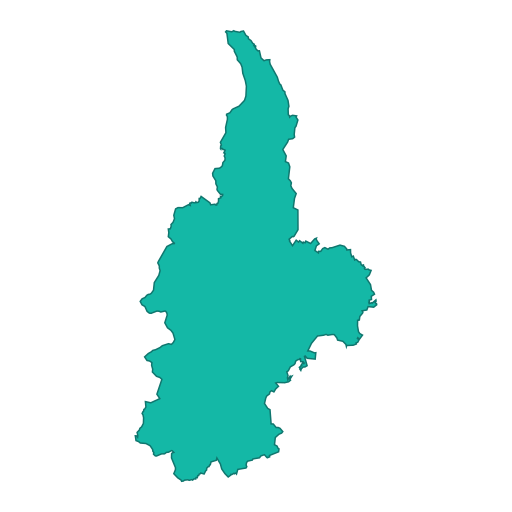 outline of Iara, Cluj, Romania, rotated 90°
{"feature_id": "2599482B94451106433579", "entity_name": "Iara", "entity_type": "district", "adm_level": 2, "iso_a3": "ROU", "parent_name": "Romania", "parent_adm1": "Cluj", "projection": "natural_earth1", "projection_center": [23.508, 46.546], "detail": "fine", "context": "isolated", "style": "filled", "palette": "teal", "viewbox_px": 512, "rotation_deg": 90, "n_neighbors": 0, "source": "geoboundaries", "source_scale": "gbopen_adm2", "svg_char_len": 6124}
<svg xmlns="http://www.w3.org/2000/svg" viewBox="0 0 512 512"><g transform="rotate(90 256 256)"><path d="M435.8,376.7L440.6,376.0L441.6,373.4L443.0,371.7L443.5,366.1L445.7,361.9L449.4,359.4L451.4,359.1L452.4,358.2L454.2,358.5L455.9,356.7L456.0,355.5L453.9,350.5L453.8,347.4L452.4,345.6L452.2,343.5L450.6,340.5L450.8,339.7L452.4,338.2L452.8,339.6L453.7,340.4L457.9,340.5L467.7,336.5L469.8,336.6L473.7,338.2L477.8,334.3L480.0,331.0L481.3,330.4L481.0,328.5L480.2,327.6L479.8,324.2L480.3,322.8L479.6,320.1L480.1,319.4L478.9,318.0L479.0,316.3L477.6,316.0L477.7,314.7L475.6,314.3L475.5,313.3L474.1,312.8L473.6,311.4L473.0,311.2L474.0,307.9L470.8,306.3L470.0,305.4L468.2,305.3L466.7,303.9L466.6,303.0L465.0,302.4L464.8,301.7L461.9,301.0L460.3,295.7L458.0,295.1L464.0,291.6L468.9,290.3L473.6,287.1L477.0,283.8L475.0,281.1L474.4,281.1L474.5,280.1L473.3,278.1L473.8,277.7L473.1,276.2L474.0,275.5L469.4,274.2L468.0,266.0L466.7,265.2L465.0,265.9L462.4,265.4L461.1,264.2L460.1,259.7L458.9,259.0L457.8,252.5L455.9,251.1L454.7,247.6L457.5,245.1L457.3,244.6L457.7,244.4L456.8,242.3L455.5,242.6L451.8,233.4L448.9,233.0L448.1,234.1L446.1,234.9L444.7,237.5L437.5,236.7L434.2,233.0L433.1,230.4L431.6,229.2L428.3,232.0L427.5,233.8L427.5,235.9L424.0,238.7L423.9,240.9L409.7,242.0L408.4,244.3L403.5,247.5L397.9,246.2L396.0,245.3L393.9,242.5L392.1,242.2L390.7,240.5L391.9,238.1L388.8,236.2L386.3,233.5L383.0,236.3L382.5,234.8L382.7,227.3L381.8,223.4L380.2,221.5L379.3,222.1L376.2,220.2L376.8,221.6L376.2,221.9L379.7,224.2L377.9,224.6L375.6,224.0L371.8,225.2L370.8,223.7L366.9,221.7L364.8,218.1L363.6,217.0L361.1,216.3L359.5,214.0L359.6,212.8L358.6,212.2L358.7,211.5L361.6,211.3L361.7,208.9L363.1,207.8L363.7,208.2L362.9,209.3L365.2,210.9L365.6,210.4L367.3,212.6L368.4,211.7L369.0,212.2L370.4,211.2L368.8,210.7L367.0,208.8L367.0,207.1L365.7,204.9L356.4,207.5L356.0,206.8L358.3,204.9L359.1,196.8L352.7,196.2L352.9,197.5L351.0,202.0L350.9,204.2L343.3,200.5L336.0,194.5L335.2,188.4L334.4,185.9L335.2,184.2L334.5,179.8L334.6,177.7L338.0,175.1L340.1,174.4L341.3,169.1L344.4,166.1L346.5,165.6L345.5,165.3L345.2,158.7L344.0,155.7L342.9,155.9L342.3,154.3L339.9,153.0L338.4,154.6L337.7,154.2L339.3,152.6L335.1,149.5L333.6,152.2L331.7,153.5L325.9,154.5L320.3,154.4L320.2,153.0L319.6,153.0L319.6,152.6L316.5,152.2L313.1,149.4L312.1,149.1L310.8,149.9L310.0,145.2L306.6,143.9L307.2,138.3L304.8,135.3L303.7,135.5L303.8,135.9L302.4,136.9L301.2,135.9L299.9,136.1L303.1,139.8L302.7,140.2L303.7,142.8L302.5,143.1L302.6,142.5L300.2,142.9L299.5,140.5L296.3,140.7L294.2,137.5L292.2,138.4L290.3,140.5L284.6,141.5L277.9,145.9L274.9,142.7L270.4,140.9L269.9,142.9L269.1,143.8L269.4,146.1L269.1,147.3L268.2,147.6L267.7,147.0L265.7,148.5L264.3,148.6L265.9,149.2L264.7,150.8L262.0,151.5L261.8,153.2L259.5,155.6L259.4,156.4L260.0,157.3L256.1,158.7L256.8,160.2L253.0,161.4L249.6,161.5L250.0,165.2L248.9,165.3L246.3,167.6L245.1,172.0L247.7,179.9L247.9,182.3L249.2,184.0L247.6,187.2L248.6,189.3L251.4,191.3L251.3,193.4L252.9,193.6L250.5,197.1L245.8,195.6L243.8,192.8L241.1,194.8L239.0,195.9L238.2,195.6L238.9,197.3L243.5,201.4L241.1,206.2L242.8,206.9L242.1,208.7L243.3,209.1L240.7,212.4L242.1,213.4L240.2,215.8L245.7,219.5L241.0,222.5L240.5,222.2L239.2,222.9L236.5,219.7L236.7,218.7L236.2,217.9L229.7,214.0L210.0,214.1L207.7,218.7L198.4,217.5L193.6,215.8L188.4,220.0L185.7,221.2L182.9,220.6L180.9,221.6L178.8,223.6L166.8,222.2L163.0,223.5L161.6,226.6L155.9,225.8L149.5,229.2L142.1,224.4L139.3,223.4L138.7,219.3L137.1,217.4L134.5,217.8L127.7,217.1L126.3,216.0L120.0,214.1L117.1,216.0L115.9,215.4L115.3,219.4L116.1,221.4L117.1,222.3L115.7,222.6L114.7,223.7L108.8,223.9L106.3,223.1L100.4,224.0L93.7,227.0L91.8,227.1L90.2,229.1L84.8,231.2L84.1,232.2L81.2,233.5L77.2,234.7L64.3,241.8L61.7,242.4L59.7,242.2L59.9,245.7L60.7,248.0L57.9,251.0L50.8,252.6L50.9,254.0L49.4,255.7L47.0,257.0L46.7,256.3L45.9,256.4L45.6,258.2L44.3,257.7L43.3,259.3L40.6,261.0L38.7,263.6L36.9,263.8L35.4,266.1L31.0,268.5L31.5,271.1L32.3,272.2L31.3,277.4L30.7,278.2L31.8,280.3L30.8,285.5L31.9,286.4L33.3,285.1L43.5,283.8L49.5,277.7L51.2,277.7L57.0,274.8L59.8,274.7L63.7,271.3L67.2,269.9L73.3,269.2L80.6,266.7L86.2,265.6L96.1,266.1L100.4,267.5L106.2,273.0L108.7,278.6L109.6,279.9L112.8,282.1L114.2,285.4L115.2,285.5L116.6,284.6L119.4,284.6L127.5,286.4L132.7,286.1L142.3,291.6L145.1,290.6L145.9,291.3L148.7,291.5L149.2,291.1L148.4,290.9L148.5,289.5L149.5,289.1L149.8,287.2L150.4,286.9L152.5,288.0L152.5,287.5L153.4,287.6L153.9,286.8L156.0,287.8L157.8,286.9L160.3,287.1L162.6,289.1L165.5,289.6L166.6,290.3L168.2,292.5L168.6,297.0L173.3,299.4L176.0,299.1L180.7,296.2L183.9,296.1L186.9,294.6L189.4,295.0L190.5,294.6L194.2,291.6L194.4,289.3L195.5,289.4L196.3,290.2L196.3,291.5L197.7,291.1L198.7,293.5L201.3,293.5L203.4,294.2L203.5,295.0L205.0,295.3L204.9,296.6L204.2,297.0L204.8,301.3L202.8,302.1L196.4,310.9L198.5,311.9L198.5,312.8L201.2,312.9L202.3,313.8L202.6,315.5L201.8,316.1L202.8,316.8L202.8,318.0L202.2,320.1L203.1,320.7L202.9,321.7L203.3,322.3L205.4,321.8L204.7,323.5L207.7,329.3L207.6,334.0L208.9,336.4L215.3,338.2L218.7,337.5L222.4,339.0L224.5,341.0L226.2,340.8L228.8,341.7L229.0,343.7L232.6,343.2L236.7,343.7L239.0,341.0L241.6,339.5L243.2,337.6L243.7,337.9L243.6,339.5L246.5,345.1L261.6,353.7L262.9,354.2L265.9,352.7L268.1,352.7L270.7,351.9L275.4,353.2L282.6,357.7L290.2,358.5L293.2,360.6L294.2,362.0L294.4,363.7L295.3,365.2L297.5,367.0L298.8,369.9L301.4,371.8L304.8,370.0L306.5,367.1L311.4,364.9L313.1,362.7L313.3,360.9L311.1,355.2L311.2,353.1L312.0,351.2L311.0,346.9L311.5,346.1L313.2,345.1L315.1,344.8L322.8,347.2L327.8,344.5L330.3,341.1L333.1,339.0L339.5,337.1L342.5,338.7L344.4,340.6L343.7,343.5L345.7,349.7L347.5,351.9L349.7,356.4L350.4,359.2L351.8,360.7L353.5,363.7L356.9,367.4L360.5,365.0L361.0,362.4L362.6,360.1L365.2,360.4L369.2,359.3L372.0,359.6L376.3,355.5L377.5,352.1L379.3,350.1L394.2,355.1L398.6,352.2L402.8,361.2L401.6,366.6L407.0,366.1L409.2,367.4L409.4,368.1L411.5,368.5L411.6,369.0L413.5,369.9L414.9,369.0L417.8,368.4L423.4,368.6L426.9,370.4L428.3,372.1L430.1,372.7L432.4,374.9L435.5,374.2L437.2,374.4L435.9,375.3L435.8,376.7Z" fill="#14b8a6" stroke="#0f766e" stroke-width="1.5"/></g></svg>